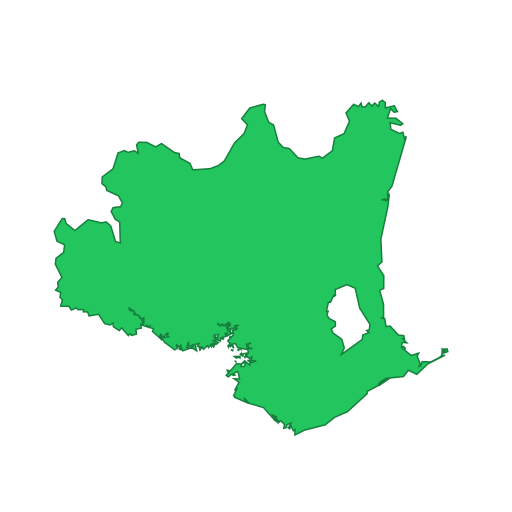 Panamá, Panama, rotated 278°
{"feature_id": "35544464B75623018343213", "entity_name": "Panamá", "entity_type": "district", "adm_level": 2, "iso_a3": "PAN", "parent_name": "Panama", "parent_adm1": "", "projection": "robinson", "projection_center": [-79.506, 9.204], "detail": "fine", "context": "isolated", "style": "filled", "palette": "green", "viewbox_px": 512, "rotation_deg": 278, "n_neighbors": 0, "source": "geoboundaries", "source_scale": "gbopen_adm2", "svg_char_len": 6127}
<svg xmlns="http://www.w3.org/2000/svg" viewBox="0 0 512 512"><g transform="rotate(278 256 256)"><path d="M347.0,161.0L354.2,146.8L350.1,141.5L353.3,131.9L352.3,123.9L349.4,122.3L341.3,125.1L343.3,120.9L340.8,114.8L342.1,111.0L338.8,105.0L322.5,102.3L312.8,92.7L306.2,93.4L303.5,97.9L300.2,99.0L296.4,111.5L290.0,116.3L286.0,115.1L284.0,107.7L279.9,106.4L272.7,111.6L270.7,116.3L250.0,119.8L250.7,114.9L265.3,108.1L268.9,103.0L267.3,98.2L268.6,84.7L256.0,73.1L261.7,63.5L266.4,61.3L266.1,58.9L252.3,52.7L242.9,56.9L240.4,64.9L232.8,65.0L225.9,58.3L220.0,58.4L207.8,66.8L202.3,63.3L197.7,64.5L194.3,62.3L192.7,67.7L187.8,67.6L185.6,70.4L179.1,69.5L180.2,77.6L176.8,80.6L179.6,85.5L178.0,87.2L179.0,92.8L176.7,92.7L177.2,97.0L173.4,99.1L176.4,108.2L168.0,115.5L167.4,121.4L169.7,123.7L166.1,124.6L163.1,131.0L166.1,133.0L159.4,140.7L161.6,142.0L160.0,143.7L162.0,148.5L166.8,147.3L168.6,152.4L172.3,151.3L173.9,153.7L175.8,152.2L178.9,153.3L177.6,150.6L181.2,147.2L180.9,144.4L181.2,143.3L181.9,142.9L182.9,143.9L184.5,142.6L184.4,139.0L185.3,138.1L186.6,137.7L184.6,142.7L182.9,144.1L181.3,143.4L181.3,147.4L177.9,150.9L179.1,153.5L173.9,154.3L171.8,152.0L170.8,157.7L172.9,157.2L170.3,159.3L172.1,160.9L170.3,160.9L169.8,164.6L166.9,164.0L161.9,171.6L165.3,172.4L164.6,173.6L161.5,172.0L160.0,174.1L163.5,173.5L162.7,175.3L167.2,178.8L167.2,179.8L164.1,178.7L164.5,179.8L163.9,180.7L162.1,174.3L157.9,177.4L151.7,188.6L154.0,191.3L155.8,189.7L157.1,189.8L155.4,191.9L156.9,193.8L153.1,193.1L152.6,195.1L153.3,195.4L154.0,194.7L155.0,194.8L151.9,196.7L155.2,202.9L155.8,200.1L161.6,201.0L155.7,202.4L155.6,205.4L157.9,204.0L159.3,206.1L155.9,206.1L153.8,210.4L159.9,208.0L161.5,211.7L158.6,210.6L158.1,213.8L157.6,212.6L155.1,213.6L158.4,215.4L156.3,217.0L160.4,220.4L158.7,221.8L161.2,222.9L160.1,224.3L162.2,224.0L160.0,226.7L161.5,227.1L162.4,225.3L163.6,225.4L162.4,228.3L164.5,226.2L163.1,229.1L165.1,230.8L166.3,225.5L167.2,228.1L169.5,226.0L169.2,228.7L171.8,225.5L173.0,229.5L167.5,229.1L166.8,232.5L169.3,232.6L169.2,236.0L170.4,233.3L172.6,238.2L174.7,236.2L175.8,238.0L173.1,238.6L176.2,243.3L177.9,238.9L181.2,236.7L185.1,239.1L182.3,234.0L183.5,232.0L181.7,230.5L183.0,227.7L183.9,227.8L182.0,230.4L183.8,231.9L182.8,234.3L186.4,238.0L184.0,240.2L181.2,237.6L178.5,241.1L180.9,241.2L181.9,246.9L183.2,244.7L184.1,244.8L185.0,248.9L183.9,244.8L182.3,247.0L180.4,246.9L179.5,243.0L174.9,244.7L168.1,239.9L161.5,246.9L165.5,244.8L166.4,247.8L162.7,250.6L162.1,260.8L167.3,258.7L167.1,259.8L168.5,261.1L169.1,263.3L167.0,260.0L164.1,261.5L163.9,265.5L163.0,260.8L158.9,261.9L158.4,259.8L155.9,259.6L157.2,260.6L154.7,261.1L154.0,264.2L155.4,265.8L151.9,265.8L152.1,270.8L149.8,266.4L151.6,265.6L151.4,262.1L150.3,264.7L147.1,265.0L150.6,259.3L148.0,257.3L148.9,260.6L145.0,259.8L144.5,256.5L147.2,257.0L146.5,251.7L133.6,243.1L132.4,245.5L135.3,247.8L134.7,250.5L135.2,251.7L136.3,249.7L139.0,253.7L137.6,254.8L131.9,256.9L131.4,251.5L128.6,256.8L119.8,253.5L123.1,255.9L114.5,253.3L113.2,255.6L113.3,253.9L109.0,269.3L112.6,264.4L113.4,264.4L109.2,269.6L106.9,284.6L98.2,294.8L98.2,298.1L98.8,295.9L100.8,294.5L99.7,298.3L97.1,299.3L94.3,302.7L95.8,301.3L95.9,304.2L93.0,307.7L89.2,307.4L90.4,310.2L93.1,309.9L95.5,314.0L90.3,312.0L89.6,313.5L93.2,313.9L88.1,317.3L89.6,318.9L84.2,319.4L90.2,328.1L98.4,348.0L107.2,356.3L114.5,368.2L135.1,385.2L137.4,385.0L144.3,394.5L148.2,396.3L152.9,401.6L157.1,418.8L164.0,422.8L161.2,431.7L173.0,441.1L184.1,457.0L183.4,454.1L185.4,453.9L188.0,459.3L190.5,458.2L189.8,453.9L188.3,456.7L186.7,455.5L189.1,453.5L183.5,453.9L180.9,451.7L175.4,443.8L174.5,435.2L169.9,434.2L169.3,432.7L171.9,433.7L179.2,429.5L182.5,430.6L179.1,423.6L183.3,416.5L184.0,415.9L184.7,416.6L185.0,416.6L186.2,416.1L184.0,415.9L184.5,413.8L186.3,413.1L186.2,415.6L186.9,414.9L186.2,412.7L190.8,412.8L191.0,417.4L194.4,412.9L194.6,414.6L197.7,413.4L197.5,408.1L205.2,398.6L204.4,394.5L211.9,392.2L211.8,388.3L213.1,390.9L226.0,389.0L239.3,383.2L241.6,387.0L254.3,385.3L263.0,377.7L267.7,381.5L290.0,377.3L323.0,379.7L334.5,379.5L337.2,378.4L332.5,379.3L329.8,378.3L328.6,376.5L330.3,375.6L329.0,373.8L329.1,372.5L330.5,375.6L328.9,376.6L331.3,378.5L337.8,377.4L344.0,380.9L394.1,388.1L395.5,387.8L391.1,387.4L399.0,384.3L397.3,381.1L400.2,371.9L406.7,370.3L405.5,381.0L407.4,382.9L411.9,375.4L410.8,366.8L420.6,368.8L417.6,372.8L418.7,376.0L424.0,372.0L420.6,363.6L425.9,362.6L427.8,359.5L425.8,356.9L421.2,356.5L424.0,352.3L420.7,350.0L423.4,346.4L418.7,343.2L418.5,340.2L422.0,338.8L418.2,336.7L419.8,331.6L410.2,325.2L402.5,329.8L389.5,326.2L383.8,317.4L370.8,316.9L362.1,308.1L363.6,304.6L358.8,291.0L359.1,283.9L367.1,273.9L367.3,267.8L371.9,262.1L388.2,255.2L390.2,250.0L400.1,244.4L407.1,244.2L407.3,242.0L401.7,229.2L389.9,222.7L384.7,229.3L375.7,227.2L365.0,219.0L345.9,211.5L340.5,206.4L336.1,198.5L332.5,181.4L338.5,177.7L342.7,166.8L346.9,165.6L347.0,161.0ZM211.0,333.4L220.3,334.1L220.5,336.2L228.6,338.6L227.0,338.9L228.0,340.2L233.8,339.1L240.3,350.1L237.9,358.7L218.9,365.9L204.2,378.3L198.8,378.5L197.6,375.9L195.9,378.6L192.7,372.8L188.1,372.8L170.3,354.2L177.4,356.2L185.5,352.5L190.4,343.0L194.3,340.7L197.6,344.4L202.0,343.7L204.2,337.3L207.4,334.4L211.4,335.1L211.0,333.4ZM152.2,401.3L144.4,395.4L152.8,404.6L152.2,401.3ZM156.4,254.4L155.1,256.5L157.7,257.9L156.4,254.4ZM97.8,295.5L95.9,297.2L96.0,299.2L97.9,298.1L97.8,295.5ZM153.4,248.6L152.1,250.8L153.2,252.4L153.8,251.3L153.4,248.6ZM159.6,246.3L159.6,244.2L158.9,245.9L159.6,246.3ZM138.8,243.3L137.5,244.3L138.8,245.4L138.8,243.3ZM154.4,254.2L154.0,251.6L152.7,254.3L154.4,254.2ZM94.3,300.5L95.9,299.6L95.5,298.5L94.3,300.5ZM163.9,243.1L162.8,242.5L162.7,243.2L163.9,243.1ZM161.2,252.2L160.4,251.2L160.2,252.0L161.2,252.2ZM155.5,260.1L154.7,258.5L153.9,259.2L155.5,260.1ZM172.7,241.5L171.4,240.9L172.5,241.8L172.7,241.5ZM164.2,241.5L163.4,240.7L162.2,241.3L164.2,241.5ZM152.7,264.7L153.7,263.9L153.6,263.6L152.7,264.7ZM161.6,253.9L162.5,253.4L162.2,252.8L161.6,253.9ZM156.9,255.1L157.6,255.0L157.0,254.5L156.9,255.1ZM148.3,250.7L148.9,250.6L148.8,250.2L148.3,250.7Z" fill="#22c55e" stroke="#15803d" stroke-width="1.5"/></g></svg>